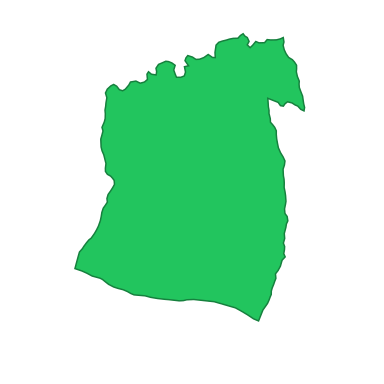 the district of Sud Mennucci, São Paulo, Brazil, rotated 346°
{"feature_id": "56859067B35855045473957", "entity_name": "Sud Mennucci", "entity_type": "district", "adm_level": 2, "iso_a3": "BRA", "parent_name": "Brazil", "parent_adm1": "São Paulo", "projection": "mercator", "projection_center": [-50.887, -20.678], "detail": "fine", "context": "isolated", "style": "filled", "palette": "green", "viewbox_px": 384, "rotation_deg": 346, "n_neighbors": 0, "source": "geoboundaries", "source_scale": "gbopen_adm2", "svg_char_len": 2787}
<svg xmlns="http://www.w3.org/2000/svg" viewBox="0 0 384 384"><g transform="rotate(346 192 192)"><path d="M142.0,68.7L138.9,69.4L134.7,71.7L132.0,75.0L132.2,79.9L130.1,84.7L129.0,87.9L127.4,91.5L126.8,95.2L125.5,99.8L123.8,102.9L120.3,107.5L120.4,111.3L118.2,115.3L116.3,118.6L114.7,126.3L114.7,130.3L115.4,134.6L115.4,140.0L115.4,143.6L113.7,148.0L113.0,151.1L114.2,154.4L116.9,156.9L118.2,159.3L119.3,162.0L118.6,165.9L116.1,168.6L113.5,171.1L110.0,174.1L107.9,177.7L107.4,181.4L104.6,184.0L102.0,186.2L99.6,190.0L98.0,193.8L96.1,197.7L93.0,202.4L90.4,205.5L87.2,208.8L83.0,212.4L80.4,213.5L77.4,215.7L74.0,218.5L71.9,220.5L68.3,223.0L66.9,225.4L63.2,232.0L59.9,238.0L66.1,242.0L70.4,245.4L74.8,249.4L81.8,253.3L84.0,255.2L86.7,258.8L88.8,261.5L93.0,265.2L97.0,267.7L101.5,270.1L105.3,273.0L108.1,275.7L110.9,277.8L121.4,281.4L126.4,284.2L132.8,287.0L139.8,289.6L143.4,290.8L153.3,294.5L157.4,295.3L160.8,295.3L167.7,296.7L187.0,303.8L206.1,314.9L209.9,318.4L216.0,324.4L221.1,330.0L225.4,333.2L232.3,323.6L235.8,320.6L238.3,318.4L240.6,315.5L242.5,312.7L244.1,310.6L245.0,307.3L246.7,304.4L248.9,301.4L250.5,298.9L252.5,296.1L253.2,291.6L256.5,289.0L259.8,285.4L262.9,280.0L266.7,277.5L266.1,274.0L267.7,270.5L268.7,267.3L268.3,263.7L270.7,259.5L271.5,254.6L274.5,249.1L275.9,245.8L278.0,243.2L278.4,238.8L277.0,235.3L277.7,230.8L279.8,226.4L280.9,223.8L281.9,218.2L282.3,214.3L282.5,209.9L283.7,205.5L284.4,201.8L284.6,198.5L285.2,195.3L285.9,191.9L288.2,188.2L289.7,184.4L288.9,180.1L287.4,175.3L286.5,170.0L286.7,165.7L287.0,161.1L287.7,156.6L288.6,153.0L287.9,149.3L286.4,145.9L285.0,143.3L285.7,139.8L285.7,134.5L286.5,131.4L286.7,127.9L287.5,123.6L288.2,119.4L297.3,125.9L298.7,129.6L301.4,130.8L303.6,128.9L306.5,127.6L310.6,129.8L313.1,132.5L315.4,134.2L317.5,138.1L320.3,140.4L321.7,137.2L321.7,133.7L322.0,130.4L322.5,125.7L321.9,121.2L321.4,116.6L322.0,113.1L322.9,110.4L322.2,105.4L322.3,100.7L323.3,97.7L324.1,94.3L322.9,90.8L321.4,87.9L318.3,84.8L316.7,80.5L315.9,76.3L315.9,71.7L317.5,68.7L317.9,64.2L314.7,64.8L310.6,64.8L305.0,63.5L301.8,62.3L298.5,64.7L293.1,63.5L290.3,61.4L286.2,64.4L283.3,66.0L281.2,62.6L283.8,59.7L283.0,55.5L281.0,53.5L279.9,50.8L276.9,51.8L273.7,53.9L269.2,52.9L265.3,52.7L262.1,52.9L257.9,52.9L254.2,53.2L250.9,55.3L248.1,62.1L247.1,67.2L244.4,66.4L241.0,62.5L236.1,64.4L231.5,65.0L227.9,64.3L225.1,61.2L220.9,58.6L218.5,60.5L217.0,62.9L219.2,68.7L215.0,68.6L214.7,74.1L212.6,77.5L208.9,78.0L204.7,76.9L204.2,73.5L203.8,69.2L206.3,65.0L203.7,61.9L200.8,59.8L198.2,58.8L194.8,59.4L190.4,60.1L187.0,63.2L186.8,66.7L185.5,69.7L181.1,67.9L178.9,64.8L176.8,66.8L176.0,72.0L172.5,73.8L168.1,73.9L164.4,70.8L158.9,70.4L156.6,72.9L152.2,76.1L149.2,77.0L146.3,75.2L144.5,71.1L142.0,68.7Z" fill="#22c55e" stroke="#15803d" stroke-width="1.5"/></g></svg>